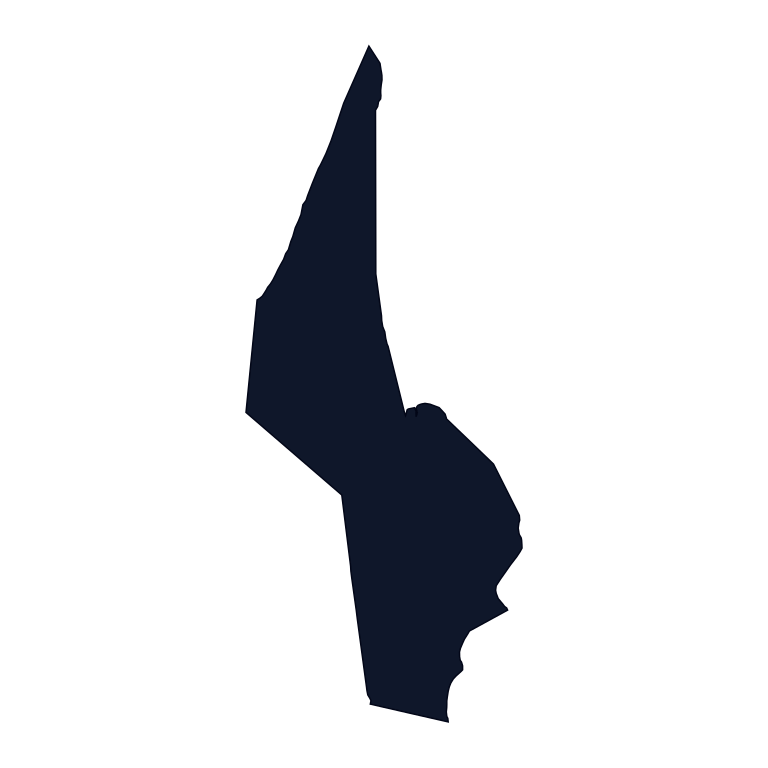 Sitio de Xitlapehua, Oaxaca, Mexico
{"feature_id": "50627088B78797893592894", "entity_name": "Sitio de Xitlapehua", "entity_type": "district", "adm_level": 2, "iso_a3": "MEX", "parent_name": "Mexico", "parent_adm1": "Oaxaca", "projection": "robinson", "projection_center": [-96.535, 16.367], "detail": "fine", "context": "isolated", "style": "filled", "palette": "ink", "viewbox_px": 768, "rotation_deg": 0, "n_neighbors": 0, "source": "geoboundaries", "source_scale": "gbopen_adm2", "svg_char_len": 1991}
<svg xmlns="http://www.w3.org/2000/svg" viewBox="0 0 768 768"><path d="M493.5,464.1L489.8,460.5L466.0,437.6L456.9,428.9L446.4,418.8L446.3,417.9L445.1,414.1L442.3,411.0L439.1,407.6L430.0,404.2L425.0,403.4L421.6,404.0L420.2,404.4L418.1,405.3L417.0,406.5L416.3,408.1L416.2,408.3L417.4,412.8L416.1,416.8L416.0,412.7L416.0,411.4L415.4,409.7L414.7,408.5L414.7,407.9L414.6,407.7L409.1,408.8L408.1,409.1L407.1,409.9L407.0,410.1L407.0,410.4L406.0,414.5L405.5,415.7L404.2,411.5L388.1,346.4L387.0,343.9L385.7,338.4L384.8,331.9L382.7,326.6L381.7,320.5L381.5,315.8L375.8,273.9L375.5,110.2L376.9,107.8L377.7,106.4L378.2,103.6L378.5,101.7L380.6,98.9L380.9,95.7L380.7,93.0L380.7,90.1L381.2,85.0L382.0,79.9L381.9,75.4L381.4,72.0L381.0,70.0L380.0,63.4L379.6,62.7L368.9,46.1L359.2,68.1L343.7,103.2L335.8,127.0L331.0,141.0L326.0,153.5L322.8,160.2L320.3,165.3L318.5,168.4L312.4,183.3L307.7,195.5L306.1,200.4L302.9,204.7L301.0,214.6L298.6,220.7L295.3,227.8L292.8,236.6L290.9,241.3L288.4,249.7L285.7,253.7L283.6,259.4L280.3,265.3L278.0,269.6L275.6,274.7L272.9,280.0L270.4,284.0L267.7,287.3L266.1,290.3L263.5,294.4L262.2,296.3L259.6,298.4L257.1,299.9L246.0,412.4L341.8,495.0L350.6,566.1L350.9,571.2L351.8,578.3L356.3,610.6L357.3,618.8L366.6,687.7L366.6,687.9L367.0,690.9L367.8,694.9L370.0,698.5L371.0,700.7L370.3,704.1L414.8,714.3L447.3,721.7L448.2,721.9L447.8,718.3L446.8,716.4L446.3,711.9L446.7,707.8L446.8,704.7L446.8,700.9L447.3,697.0L448.2,691.2L449.3,686.8L450.8,683.0L453.3,678.9L456.1,675.9L461.3,671.2L462.6,669.8L462.6,665.8L461.5,662.1L460.2,660.2L459.6,656.7L459.5,652.0L460.4,648.4L462.4,643.6L464.4,639.2L467.8,633.8L469.4,631.0L507.6,610.1L506.6,607.9L504.6,606.5L502.5,603.7L500.7,601.6L498.2,598.6L496.2,593.4L495.6,590.2L496.2,585.7L500.6,578.9L505.9,571.4L510.5,564.8L516.8,556.6L520.1,551.6L522.0,548.1L521.9,544.9L521.6,540.2L521.3,538.4L521.1,537.7L519.3,534.6L518.9,532.8L518.2,528.1L518.9,522.9L519.7,520.1L519.3,515.4L493.5,464.1Z" fill="#0f172a" stroke="#020617" stroke-width="1.5"/></svg>